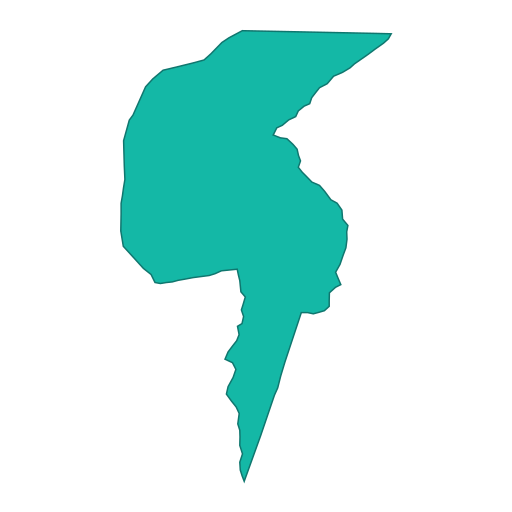 Volta Redonda, Rio de Janeiro, Brazil
{"feature_id": "56859067B42382109860230", "entity_name": "Volta Redonda", "entity_type": "district", "adm_level": 2, "iso_a3": "BRA", "parent_name": "Brazil", "parent_adm1": "Rio de Janeiro", "projection": "orthographic", "projection_center": [-44.078, -22.523], "detail": "fine", "context": "isolated", "style": "filled", "palette": "teal", "viewbox_px": 512, "rotation_deg": 0, "n_neighbors": 0, "source": "geoboundaries", "source_scale": "gbopen_adm2", "svg_char_len": 1655}
<svg xmlns="http://www.w3.org/2000/svg" viewBox="0 0 512 512"><path d="M391.2,33.8L375.0,33.4L242.3,30.7L229.1,37.7L221.9,42.5L210.8,53.9L204.0,60.0L191.7,63.3L168.7,68.9L163.1,70.2L152.8,78.9L145.6,86.8L133.0,115.1L129.3,120.1L123.6,140.7L124.3,166.1L124.9,179.4L123.5,187.9L122.4,196.0L121.1,203.3L121.1,214.1L120.8,231.0L123.3,246.3L132.7,256.6L143.4,268.4L151.1,274.5L155.0,282.5L160.4,283.5L166.5,282.5L172.3,281.9L178.2,280.3L184.5,279.2L193.0,277.6L209.2,275.5L215.0,273.7L221.4,270.8L237.2,269.2L238.4,275.0L239.8,280.7L240.9,291.8L245.3,297.0L243.1,304.5L241.4,309.9L243.6,316.5L242.0,323.6L237.5,326.3L239.1,334.6L236.7,340.7L232.7,345.8L228.1,351.9L225.0,359.2L232.5,362.7L235.9,369.4L233.1,377.5L228.1,386.6L226.4,394.1L231.4,401.0L236.2,407.0L239.2,413.5L237.8,423.9L239.8,430.3L240.0,437.0L239.8,445.4L242.5,453.9L239.8,462.2L240.3,470.1L242.1,475.8L244.2,481.3L260.6,435.8L270.1,407.9L274.5,395.0L277.7,387.9L280.7,376.0L284.9,362.1L301.3,312.6L307.7,312.6L313.3,313.8L318.6,312.4L324.4,310.7L329.2,306.3L329.2,300.5L329.4,292.8L335.5,287.3L340.8,284.6L338.1,278.3L335.6,272.2L340.0,264.4L343.1,255.3L345.9,247.8L347.0,239.1L346.7,231.8L347.9,225.5L342.6,219.1L341.9,210.1L337.1,203.2L330.9,199.8L324.7,191.4L319.5,185.4L311.9,182.1L306.1,176.1L302.2,172.2L298.3,167.3L300.5,160.9L298.5,155.5L297.1,149.2L293.0,144.4L286.9,138.7L280.2,137.8L273.2,135.0L276.8,127.8L282.3,125.3L288.7,119.9L295.7,116.6L298.3,110.9L304.2,106.1L309.7,103.7L311.7,97.7L315.0,93.4L319.5,87.7L327.2,83.7L333.6,76.2L342.6,72.3L350.1,67.8L354.4,63.9L368.3,54.2L374.7,49.4L383.6,43.1L388.3,38.9L391.2,33.8Z" fill="#14b8a6" stroke="#0f766e" stroke-width="1.5"/></svg>